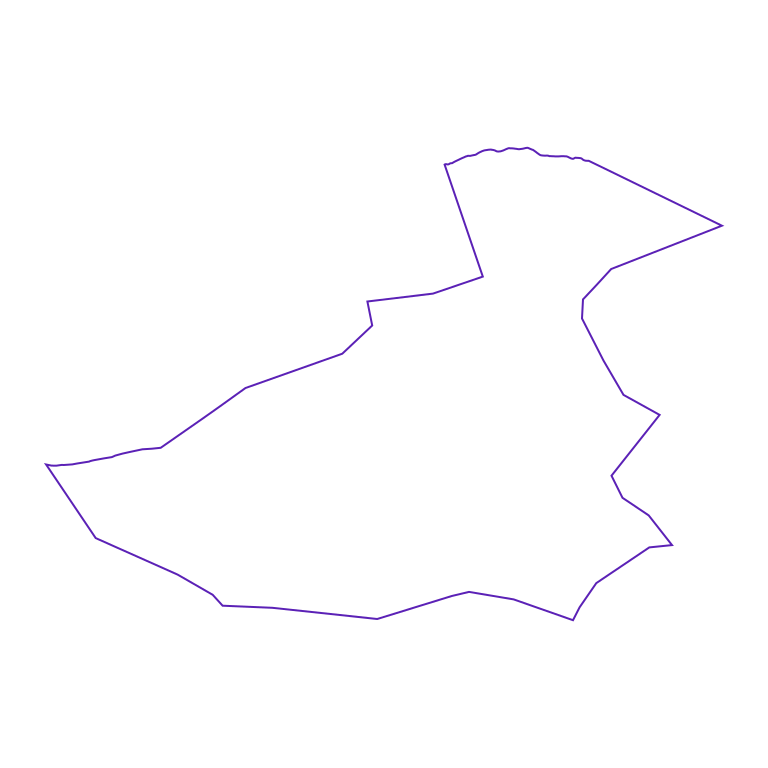 outline of Bayan-Uul, Govi-Altay, Mongolia
{"feature_id": "93677404B20408254425737", "entity_name": "Bayan-Uul", "entity_type": "district", "adm_level": 2, "iso_a3": "MNG", "parent_name": "Mongolia", "parent_adm1": "Govi-Altay", "projection": "natural_earth1", "projection_center": [95.187, 47.144], "detail": "fine", "context": "isolated", "style": "outline", "palette": "violet", "viewbox_px": 768, "rotation_deg": 0, "n_neighbors": 0, "source": "geoboundaries", "source_scale": "gbopen_adm2", "svg_char_len": 3427}
<svg xmlns="http://www.w3.org/2000/svg" viewBox="0 0 768 768"><path d="M588.7,160.8L588.0,160.8L587.2,160.8L585.6,160.7L585.3,160.6L584.5,160.4L584.3,160.3L583.7,160.1L583.0,159.7L582.9,159.6L582.6,159.3L581.7,158.6L581.1,158.3L580.2,158.1L579.1,158.0L578.2,157.9L577.0,157.9L576.7,157.8L576.3,157.8L575.6,157.7L575.1,157.8L574.5,158.1L573.8,158.5L573.1,158.8L572.7,158.8L572.2,158.7L571.7,158.6L571.3,158.5L570.6,158.2L569.8,157.8L569.5,157.7L568.4,157.1L567.3,156.6L566.8,156.5L566.6,156.4L565.8,156.3L564.9,156.3L564.6,156.3L564.0,156.2L563.2,156.2L562.0,156.2L561.7,156.2L561.4,156.2L561.2,156.2L560.9,156.2L560.3,156.3L560.1,156.3L559.6,156.3L558.5,156.4L558.0,156.4L557.3,156.4L556.5,156.4L555.3,156.4L554.1,156.3L551.5,156.2L550.3,156.1L549.7,156.1L549.2,156.1L548.8,155.9L548.6,155.8L548.0,155.7L547.4,155.6L546.7,155.6L546.0,155.6L545.2,155.7L544.7,155.7L544.2,155.6L543.7,155.6L542.6,155.5L541.7,155.4L541.0,155.3L540.4,155.1L539.8,154.8L539.5,154.6L538.9,154.2L538.0,153.5L537.6,153.3L536.1,152.1L534.6,151.0L533.6,150.3L533.0,149.9L532.9,149.9L532.4,149.7L531.7,149.5L531.0,149.2L530.9,149.1L530.0,148.8L529.9,148.7L529.0,148.3L528.0,147.9L527.5,147.8L527.4,147.8L527.2,147.8L526.5,147.9L525.9,148.0L525.3,148.1L524.7,148.3L524.1,148.4L523.4,148.6L522.3,148.8L520.7,149.0L519.9,149.1L519.4,149.2L518.6,149.2L517.8,149.1L517.3,149.0L517.2,149.0L516.2,148.8L515.0,148.7L513.9,148.5L512.6,148.4L511.5,148.3L511.1,148.3L510.8,148.3L510.7,148.3L510.2,148.3L509.7,148.2L509.1,148.2L508.8,148.2L508.7,148.2L508.3,148.3L508.0,148.4L507.5,148.6L507.1,148.8L506.9,148.8L506.0,149.2L504.5,149.9L503.4,150.4L502.6,150.7L502.4,150.7L501.7,151.0L500.6,151.3L499.9,151.4L499.7,151.4L498.8,151.5L497.8,151.5L497.0,151.4L496.6,151.3L496.0,151.0L495.7,150.9L495.5,150.7L495.0,150.5L493.8,150.1L492.9,149.9L491.8,149.8L491.7,149.7L490.9,149.6L490.2,149.6L489.3,149.7L488.8,149.7L488.2,149.8L487.9,149.8L487.6,149.9L486.2,150.1L485.6,150.2L484.9,150.3L484.4,150.4L483.7,150.6L482.9,150.9L482.2,151.1L481.5,151.5L480.5,151.9L479.1,152.6L478.2,153.1L477.5,153.6L476.9,153.9L476.5,154.3L476.0,154.5L475.8,154.6L475.3,154.8L474.9,154.9L474.5,155.0L474.0,155.0L473.4,155.2L472.7,155.3L471.8,155.5L470.1,155.9L469.9,155.9L469.7,155.9L469.4,155.9L469.0,155.9L468.6,155.8L468.3,155.8L467.9,155.8L467.5,156.0L467.1,156.1L466.6,156.3L466.4,156.3L465.7,156.5L465.4,156.7L464.8,156.9L464.3,157.2L463.8,157.4L461.9,158.2L461.7,158.3L460.2,159.0L459.0,159.6L457.3,160.4L455.2,161.4L453.7,162.2L453.0,162.6L452.6,162.9L452.2,163.1L451.9,163.2L451.6,163.2L451.0,163.2L450.7,163.3L450.2,163.4L449.8,163.6L449.7,163.6L449.3,163.9L449.0,164.1L448.2,164.4L447.8,164.4L447.7,164.4L447.2,164.4L446.6,164.2L446.1,164.2L445.5,164.2L445.1,164.3L444.6,164.6L482.8,276.6L433.0,293.6L367.4,301.5L372.2,325.5L342.3,353.7L245.5,388.0L217.9,407.8L204.6,417.2L160.7,447.8L151.9,448.7L142.4,449.3L130.6,451.8L122.5,453.6L115.2,455.6L113.5,456.4L111.9,457.1L103.8,458.4L94.4,460.1L92.5,460.5L90.2,461.1L89.1,461.6L77.1,463.5L72.3,464.4L63.8,465.0L61.8,464.9L56.2,465.7L51.5,465.6L46.1,464.5L95.7,538.1L177.6,574.6L212.7,594.8L222.6,605.7L272.3,607.8L377.2,619.0L451.8,596.0L469.0,591.9L513.7,599.4L573.0,620.2L579.6,607.3L596.3,583.1L649.3,547.4L672.0,545.1L648.7,515.4L622.5,497.8L611.5,475.7L659.6,414.9L623.5,394.9L603.5,360.6L582.0,318.5L583.0,299.4L597.0,284.5L611.2,269.0L721.9,225.7L598.8,165.7L588.7,160.8Z" fill="none" stroke="#5b21b6" stroke-width="2"/></svg>